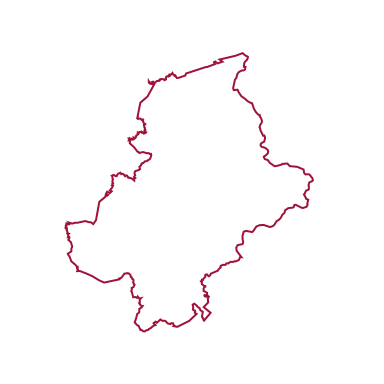 the district of Venustiano Carranza, Puebla, Mexico, rotated 283°
{"feature_id": "50627088B90206204829893", "entity_name": "Venustiano Carranza", "entity_type": "district", "adm_level": 2, "iso_a3": "MEX", "parent_name": "Mexico", "parent_adm1": "Puebla", "projection": "robinson", "projection_center": [-97.693, 20.505], "detail": "fine", "context": "isolated", "style": "outline", "palette": "rose", "viewbox_px": 384, "rotation_deg": 283, "n_neighbors": 0, "source": "geoboundaries", "source_scale": "gbopen_adm2", "svg_char_len": 6000}
<svg xmlns="http://www.w3.org/2000/svg" viewBox="0 0 384 384"><g transform="rotate(283 192 192)"><path d="M139.6,254.9L144.8,248.7L147.8,247.6L150.6,248.5L152.2,252.2L153.0,253.2L154.9,253.1L157.1,252.0L160.4,251.1L165.0,251.3L166.3,253.5L166.5,259.7L167.5,260.4L172.9,262.5L174.9,265.4L176.0,269.2L175.4,275.8L176.8,278.3L178.6,279.6L182.7,281.0L184.5,283.0L186.8,284.3L190.3,285.2L192.4,286.8L195.1,286.8L197.9,289.4L199.6,294.0L200.4,294.6L202.3,294.6L202.8,295.5L202.7,296.6L201.3,302.5L201.4,303.7L203.3,306.9L205.5,307.5L207.0,306.9L210.6,307.0L211.2,304.5L212.0,304.2L214.8,301.6L215.3,302.1L218.9,302.8L220.7,305.2L223.1,304.8L224.9,304.0L227.6,304.1L229.9,306.9L230.9,307.1L232.4,306.3L235.3,302.8L235.5,301.6L234.7,298.6L235.2,297.6L236.7,296.5L239.0,295.7L240.2,288.9L239.2,281.5L241.2,278.5L239.7,273.7L239.1,273.5L237.0,269.8L235.7,266.7L237.9,261.2L240.1,258.8L240.5,255.5L241.3,254.8L242.6,254.0L244.5,255.8L246.8,257.2L249.1,257.0L250.1,256.2L251.5,253.3L251.7,249.5L253.1,248.2L254.5,248.3L255.6,249.0L257.2,251.0L260.7,251.1L262.4,250.5L263.3,249.7L262.8,248.7L267.4,244.9L269.6,243.9L270.4,243.2L273.3,243.5L275.0,244.3L276.8,244.3L279.3,242.8L281.5,240.6L282.1,240.8L282.5,238.8L284.4,236.1L287.2,233.5L292.0,230.6L292.2,228.4L293.0,225.8L294.8,222.6L296.4,218.6L299.5,215.2L301.9,213.4L300.7,209.7L302.6,208.7L311.1,208.6L313.3,209.6L317.0,209.6L319.3,210.6L321.4,212.9L322.1,214.9L323.2,216.1L325.9,216.0L325.7,214.4L329.1,213.9L331.3,214.6L332.9,215.7L334.7,216.2L336.4,216.0L337.1,213.0L338.7,210.1L334.5,203.7L327.3,189.1L325.8,192.4L323.0,187.8L324.4,185.4L323.4,184.2L321.8,185.6L317.0,178.3L317.0,177.6L306.1,159.5L304.0,159.3L300.2,153.2L299.7,151.5L300.6,150.6L301.0,149.4L301.5,149.9L302.0,149.5L302.1,147.3L303.6,146.2L301.8,145.3L301.6,144.1L300.0,144.2L299.8,143.7L300.2,143.1L299.2,143.0L299.2,141.7L298.1,140.8L296.0,141.3L295.8,141.2L296.0,140.8L294.8,140.2L294.9,139.7L295.5,139.1L295.1,136.3L293.5,135.5L294.0,135.1L292.8,134.4L292.1,132.6L288.8,130.5L288.9,129.6L290.0,130.1L290.8,129.4L290.0,128.0L288.4,127.6L288.6,126.6L290.2,125.0L288.9,125.3L288.1,126.7L288.2,130.9L275.1,127.2L267.4,121.6L253.3,122.0L253.0,122.4L251.5,122.0L251.0,123.0L251.9,124.7L251.9,125.4L250.9,126.6L251.7,127.9L251.5,128.2L249.9,128.3L248.0,129.8L247.8,131.2L247.4,131.3L247.0,130.1L246.4,130.1L244.0,131.2L243.8,131.8L242.5,132.0L242.1,132.5L241.6,132.0L240.7,132.7L240.5,131.9L240.2,131.9L239.9,133.8L239.0,133.4L238.8,131.7L238.2,131.7L239.3,129.5L238.6,129.5L239.0,128.2L238.8,127.5L237.7,126.4L237.2,126.9L236.8,126.8L237.4,125.8L235.7,126.1L234.4,124.9L233.1,125.2L232.5,124.3L231.9,124.5L231.5,123.8L231.7,123.2L231.0,123.6L230.8,122.8L230.0,123.1L229.7,122.6L230.1,121.9L229.6,121.3L230.0,120.9L230.6,121.7L230.0,120.0L230.3,119.2L229.6,119.3L229.6,118.4L228.8,118.9L228.0,118.8L228.4,120.1L225.5,120.4L222.4,125.8L219.0,129.8L219.1,130.8L218.1,131.7L219.9,135.3L219.6,139.2L220.2,141.0L219.6,142.0L219.8,142.7L219.4,143.2L219.7,143.6L218.6,144.1L215.4,143.8L214.1,143.2L213.1,141.9L212.1,141.4L211.1,139.0L209.4,138.2L208.9,137.0L208.2,136.9L207.8,136.3L206.3,136.3L204.8,135.1L202.7,136.2L202.3,135.6L201.5,135.3L199.8,132.3L198.9,131.7L197.1,131.8L195.7,132.9L193.5,132.1L192.9,133.6L191.7,132.7L190.2,133.1L191.5,130.5L191.9,128.1L191.5,127.6L192.2,126.3L192.0,126.0L193.3,125.2L193.4,124.1L192.3,123.2L193.3,122.2L194.2,120.5L193.5,119.0L194.7,117.8L193.1,115.9L191.1,115.0L190.5,115.0L190.2,114.0L190.8,112.9L190.9,111.4L189.8,110.3L189.6,110.8L187.3,111.5L186.3,112.2L184.7,111.9L183.7,112.6L182.6,112.5L182.5,113.1L180.5,112.5L180.4,113.6L178.4,113.2L175.1,111.6L174.6,113.6L172.5,112.2L173.2,109.3L170.9,108.6L170.3,110.9L169.1,109.9L169.4,108.7L167.6,108.5L161.6,103.9L143.0,104.8L138.5,103.0L139.7,100.6L139.4,97.6L139.7,94.6L136.3,87.4L135.8,85.1L134.3,82.4L134.5,79.3L133.9,80.2L133.6,80.1L133.7,79.6L133.0,79.5L133.5,78.0L132.8,77.5L133.0,76.7L132.2,76.8L131.8,77.5L130.9,76.5L129.0,77.3L129.2,77.9L128.8,78.1L128.3,77.1L127.1,78.7L126.5,78.5L124.9,79.7L123.7,79.7L123.6,81.4L122.6,80.7L121.8,81.2L120.0,81.2L120.5,82.5L120.2,82.8L118.3,82.7L117.5,82.3L115.8,85.4L111.8,87.6L109.8,87.2L107.0,87.8L104.0,84.9L103.5,85.1L101.2,87.5L97.3,90.0L95.0,94.5L93.7,96.3L92.1,97.1L92.8,97.6L90.6,98.3L89.1,98.0L89.8,100.4L88.7,108.1L87.4,114.3L85.1,121.2L84.0,126.8L90.6,141.0L91.3,140.5L92.7,142.6L97.3,144.5L97.6,145.8L98.4,147.0L98.2,148.0L98.5,148.6L97.3,150.7L95.5,151.4L95.3,152.5L94.1,153.0L93.5,154.5L92.3,155.0L90.6,155.0L89.8,155.9L89.3,155.9L88.7,156.9L86.3,156.4L84.9,154.8L83.7,155.3L81.7,155.1L81.4,155.7L76.2,158.4L77.0,160.9L76.4,162.3L76.8,162.8L77.8,162.8L76.3,164.7L77.0,166.1L75.5,165.3L72.0,166.1L71.8,165.6L70.7,166.5L69.5,168.8L69.7,169.4L68.1,168.8L66.3,166.9L63.3,167.6L62.3,167.3L60.7,166.0L56.7,166.0L52.0,165.5L49.9,168.6L49.5,170.2L47.0,171.9L46.4,173.2L46.0,173.1L46.1,174.2L45.3,175.9L45.6,177.5L46.9,178.5L47.9,180.5L48.7,180.7L50.0,182.3L53.1,184.6L54.1,186.3L55.6,184.1L57.5,185.8L56.7,187.2L60.7,189.9L59.8,192.1L60.4,194.1L60.3,195.2L58.5,197.8L58.4,200.5L59.1,200.9L59.6,201.6L59.5,202.3L59.8,203.0L58.4,203.9L57.8,205.0L57.2,204.5L57.3,208.0L65.7,218.2L74.2,223.9L74.9,221.9L76.6,222.0L77.2,221.4L77.1,220.1L77.8,219.3L79.8,219.2L82.4,218.0L83.7,219.3L82.4,222.2L81.4,223.1L80.6,225.4L78.7,226.8L77.7,229.5L73.0,229.7L71.9,230.4L71.6,231.3L70.1,231.8L69.4,232.7L78.5,237.3L82.5,229.3L88.0,232.6L91.7,231.4L93.8,232.0L94.2,231.3L93.1,229.2L93.2,228.1L93.8,227.4L94.4,227.5L94.6,228.7L95.5,229.8L97.2,229.3L98.3,225.5L100.7,225.0L102.1,225.5L102.7,226.3L103.4,226.1L103.3,224.7L104.5,222.3L106.2,221.9L107.0,220.8L107.7,221.5L108.5,221.4L108.2,222.2L108.5,222.4L110.2,222.7L112.2,224.0L114.1,223.6L114.8,224.1L115.0,225.5L114.2,226.0L113.6,227.3L115.0,228.5L116.6,228.7L121.3,235.0L122.8,235.3L124.9,236.9L125.3,236.5L126.6,236.6L128.0,238.6L128.5,241.0L130.0,241.5L130.5,242.2L130.4,243.3L132.5,245.0L133.3,248.2L134.3,249.4L134.3,250.5L136.5,253.1L139.4,253.5L139.6,254.9Z" fill="none" stroke="#9f1239" stroke-width="2"/></g></svg>